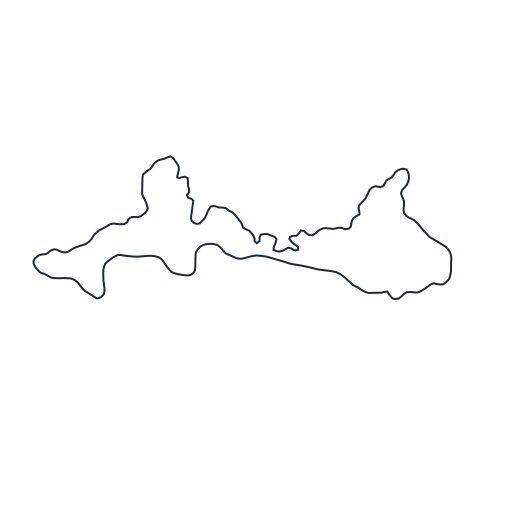 the district of Lago De Amatitlan, Guatemala, rotated 317°
{"feature_id": "79465075B78554632874353", "entity_name": "Lago De Amatitlan", "entity_type": "district", "adm_level": 2, "iso_a3": "GTM", "parent_name": "Guatemala", "parent_adm1": "", "projection": "mercator", "projection_center": [-90.569, 14.455], "detail": "fine", "context": "isolated", "style": "outline", "palette": "slate", "viewbox_px": 512, "rotation_deg": 317, "n_neighbors": 0, "source": "geoboundaries", "source_scale": "gbopen_adm2", "svg_char_len": 4651}
<svg xmlns="http://www.w3.org/2000/svg" viewBox="0 0 512 512"><g transform="rotate(317 256 256)"><path d="M364.9,396.1L367.0,396.9L369.3,400.1L371.5,402.8L373.8,404.4L377.1,404.9L381.5,404.6L383.8,403.3L385.7,402.0L387.9,400.5L390.1,398.1L392.6,395.5L396.5,391.6L398.0,390.1L399.2,388.2L400.1,386.2L400.8,384.0L401.1,381.8L401.0,378.6L400.2,375.5L398.9,370.8L397.0,364.1L396.0,360.7L395.9,350.8L396.1,347.8L396.4,342.6L396.2,340.3L396.1,337.5L394.8,334.0L393.8,331.7L393.3,328.5L393.5,325.8L395.1,323.1L397.1,321.3L399.5,319.2L401.4,317.1L402.6,314.6L403.6,311.5L404.9,308.9L408.1,307.4L412.0,307.2L415.1,306.7L418.4,305.3L421.3,303.1L423.6,300.1L425.2,295.8L423.8,293.3L421.7,291.5L418.1,290.0L414.8,289.7L412.4,290.5L408.8,291.0L405.4,290.2L402.7,289.7L399.7,290.8L396.8,291.8L394.0,290.4L392.7,288.8L390.8,286.3L387.2,285.0L383.5,285.2L381.2,286.4L374.9,288.7L372.9,288.9L368.6,289.1L366.1,289.3L363.6,290.9L362.1,293.6L360.0,296.1L356.7,295.4L352.9,294.8L349.9,295.7L348.1,297.1L345.4,299.1L342.8,299.4L339.5,297.4L338.6,295.3L337.7,293.5L335.7,291.7L333.7,290.6L330.6,288.5L326.4,283.5L323.9,281.5L320.5,280.3L318.0,280.0L314.7,280.0L311.1,279.1L309.3,277.2L308.6,274.8L308.0,270.2L306.2,267.9L303.0,268.7L299.3,268.8L296.7,266.3L294.0,265.3L292.0,266.4L291.7,270.8L291.9,272.9L292.5,275.1L292.9,277.9L291.1,280.1L288.7,279.0L287.6,277.1L287.0,274.6L285.3,271.9L282.2,271.1L279.8,270.7L276.5,269.0L274.6,266.9L272.9,263.6L275.4,261.5L278.5,260.1L282.5,257.6L282.7,254.9L281.7,252.8L280.4,250.2L279.3,247.5L276.3,245.1L274.0,243.6L271.1,245.0L268.9,247.5L265.2,247.1L265.1,243.9L266.7,242.5L267.8,240.0L268.2,238.0L268.4,233.1L266.7,229.3L265.8,226.3L267.4,223.2L267.9,221.2L268.1,219.2L268.4,216.5L268.6,213.9L268.7,210.8L268.5,207.6L267.2,204.7L266.9,202.6L266.3,200.0L264.4,197.6L261.6,194.8L260.4,192.2L258.9,190.3L256.8,189.1L253.8,189.5L251.3,190.4L248.2,191.9L243.8,193.5L240.0,193.6L237.1,193.8L234.7,192.2L233.2,189.7L232.9,186.4L234.2,184.0L238.5,180.4L247.9,172.8L247.8,170.2L246.2,166.9L246.9,164.3L249.2,164.1L251.1,163.2L252.7,161.4L254.0,158.6L256.1,156.3L259.1,152.5L257.9,149.3L255.9,148.1L253.1,146.8L252.0,144.6L253.7,143.4L255.4,142.3L258.5,140.2L260.3,138.1L261.2,135.0L261.5,132.5L261.9,129.9L262.1,127.6L261.2,124.6L257.9,123.3L255.1,122.3L252.0,120.5L250.2,119.5L246.5,118.9L244.2,118.9L241.8,119.6L238.1,120.3L235.8,119.8L233.4,119.4L229.1,119.3L226.9,120.8L216.5,131.4L214.9,133.1L213.7,136.3L213.0,139.2L211.6,142.9L210.5,145.4L209.2,147.4L206.3,148.5L204.0,148.8L198.8,148.4L195.7,146.7L193.8,144.6L191.6,142.7L187.8,142.0L184.8,143.5L181.4,142.8L179.5,141.2L177.7,139.5L173.8,135.0L170.5,133.1L167.9,132.7L162.8,131.4L160.9,130.8L158.0,130.2L153.7,130.0L151.3,130.3L148.3,131.2L145.8,131.6L143.8,131.7L141.3,131.4L138.7,130.8L134.7,128.8L129.0,126.3L126.6,125.7L122.8,125.1L120.6,124.5L118.6,122.9L116.5,120.0L115.4,117.7L114.5,115.5L112.9,113.4L110.8,112.4L108.8,111.9L106.0,111.9L103.2,111.1L100.4,108.7L97.2,107.3L94.2,107.1L92.0,107.1L89.7,108.1L88.2,110.0L86.9,114.2L86.9,117.3L86.8,120.2L87.5,122.1L88.8,124.4L90.1,127.6L91.0,131.0L92.2,133.3L93.9,135.1L97.0,138.1L101.1,141.8L103.2,143.9L105.4,146.3L107.0,149.8L107.4,151.9L107.5,154.3L107.2,157.5L107.1,159.9L106.9,162.6L107.0,164.8L108.2,168.8L109.2,172.9L109.8,175.2L110.7,178.4L112.5,179.7L115.0,180.4L118.1,180.3L120.6,178.9L122.9,176.5L128.0,169.5L131.8,165.2L134.2,162.7L135.9,161.3L137.6,160.2L140.2,158.9L143.4,158.7L146.8,159.1L150.3,159.5L152.7,160.1L155.3,160.9L157.4,162.6L160.5,166.6L165.7,172.5L168.9,175.7L174.8,180.4L178.9,183.8L181.1,186.2L182.9,188.6L183.9,190.6L184.7,193.2L184.6,195.9L183.7,202.6L183.4,205.1L183.2,207.8L183.5,210.8L185.7,214.9L189.3,219.8L191.8,222.6L193.5,224.3L196.1,225.5L199.2,225.7L201.6,224.8L203.5,223.2L210.1,216.4L212.2,214.4L214.4,212.4L217.5,211.5L219.6,211.2L221.7,211.2L225.0,212.0L227.2,213.1L229.7,214.9L231.8,216.8L233.5,218.8L235.3,221.8L235.7,224.7L235.8,227.3L235.6,230.1L235.6,233.6L237.1,237.0L238.9,241.2L240.0,243.7L241.2,245.7L243.2,247.9L245.8,249.5L249.2,251.3L253.7,253.8L256.9,256.1L259.5,259.0L263.4,263.8L273.2,280.3L275.2,284.0L277.0,286.7L282.5,293.8L286.9,300.0L290.0,304.7L292.3,308.3L298.4,315.6L300.8,318.5L302.9,321.4L304.3,323.9L305.4,327.3L306.2,331.5L307.0,341.0L307.0,343.1L307.9,345.4L309.0,348.3L309.5,350.3L310.0,352.4L310.6,354.5L311.3,356.7L312.9,359.6L314.8,361.3L317.0,363.2L319.3,365.3L321.3,367.1L323.0,368.6L325.4,369.8L327.8,371.5L327.1,375.3L326.9,379.6L328.0,382.0L331.4,384.5L335.0,384.7L338.3,384.7L341.4,385.2L344.1,387.4L346.2,389.7L348.6,392.3L351.3,393.8L353.6,394.3L356.3,394.9L360.7,395.5L364.9,396.1Z" fill="none" stroke="#1e293b" stroke-width="2"/></g></svg>